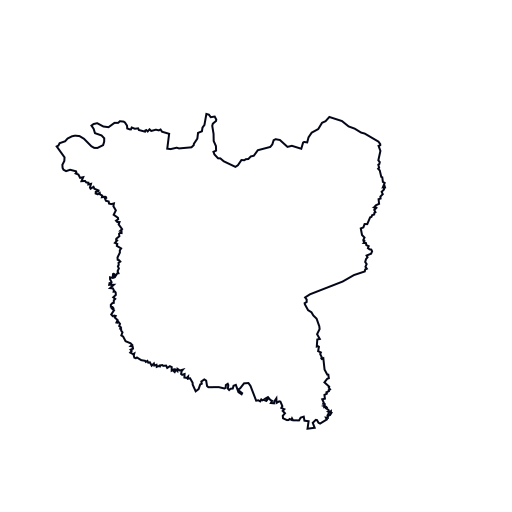 Ratsada, Trang, Thailand (orthographic projection), rotated 249°
{"feature_id": "78962969B5329491691086", "entity_name": "Ratsada", "entity_type": "district", "adm_level": 2, "iso_a3": "THA", "parent_name": "Thailand", "parent_adm1": "Trang", "projection": "orthographic", "projection_center": [99.655, 7.929], "detail": "fine", "context": "isolated", "style": "outline", "palette": "ink", "viewbox_px": 512, "rotation_deg": 249, "n_neighbors": 0, "source": "geoboundaries", "source_scale": "gbopen_adm2", "svg_char_len": 6116}
<svg xmlns="http://www.w3.org/2000/svg" viewBox="0 0 512 512"><g transform="rotate(249 256 256)"><path d="M78.0,263.5L80.1,263.3L79.2,265.1L80.4,265.4L81.0,266.9L81.8,265.9L82.6,266.9L81.1,268.3L82.6,270.3L83.1,269.8L84.3,270.3L83.8,268.5L84.7,267.7L84.7,268.4L86.3,268.5L88.6,266.9L89.0,267.8L90.0,267.5L90.4,265.7L91.1,266.3L91.7,265.6L91.7,266.5L93.1,267.1L94.0,265.8L94.8,266.7L98.5,266.5L98.1,269.2L101.8,270.1L102.1,272.8L103.5,272.9L103.7,275.6L104.8,275.9L104.9,277.3L107.1,276.8L107.8,277.5L113.5,274.6L115.8,278.4L115.8,280.2L119.3,281.0L119.8,280.0L125.4,279.3L136.4,282.2L136.2,280.6L137.1,280.3L137.8,281.1L141.5,280.8L142.7,282.0L144.9,279.9L148.7,282.2L149.6,281.5L149.7,280.3L156.1,283.3L155.7,285.8L161.1,285.0L165.0,289.2L167.7,289.9L175.8,290.1L179.9,288.2L183.6,287.6L186.8,285.2L193.4,284.3L194.5,284.5L194.9,286.8L197.2,287.7L199.7,287.0L200.9,292.7L201.1,327.7L203.1,340.6L202.6,352.0L204.3,353.1L204.4,354.9L206.7,354.3L208.8,356.4L211.3,355.8L213.7,357.6L214.9,359.7L216.8,359.4L216.9,364.3L218.8,366.1L220.7,365.9L221.5,364.4L223.2,363.3L224.8,364.7L226.6,362.9L228.6,363.3L229.5,361.4L229.9,362.3L230.9,361.8L231.5,362.6L232.5,361.9L234.3,363.9L237.6,362.5L244.2,363.7L244.2,366.5L246.9,368.8L245.9,371.3L251.2,376.4L251.1,377.7L252.5,379.1L252.4,381.2L253.9,382.0L254.1,383.2L256.6,382.9L257.4,384.7L258.7,383.8L258.4,385.3L259.6,384.6L260.4,386.2L260.6,389.6L265.1,390.8L265.0,392.9L266.9,393.4L268.3,396.5L270.9,396.3L272.2,399.3L273.5,399.5L273.6,401.0L275.2,401.1L275.1,399.5L278.1,402.3L279.7,401.0L284.2,402.1L285.0,401.3L291.5,402.2L293.7,401.3L294.3,402.6L297.4,402.9L297.7,404.1L299.3,405.2L301.5,404.5L309.5,409.8L314.9,409.9L314.9,411.7L315.9,412.1L318.9,411.3L331.3,401.4L333.6,398.3L339.5,393.8L343.8,388.9L351.2,384.6L359.5,374.3L356.9,369.2L356.7,365.4L352.2,359.6L351.2,352.2L348.0,347.6L343.7,344.5L345.2,341.8L345.0,340.6L339.9,336.7L346.0,329.0L346.6,324.5L355.7,319.9L358.0,316.2L357.8,314.0L354.3,311.2L352.7,308.4L354.1,295.6L350.4,289.9L350.8,286.8L349.3,283.6L350.0,281.2L349.6,279.4L350.8,276.8L347.2,271.6L346.6,268.7L356.0,259.8L359.9,257.7L360.8,255.6L365.7,253.6L368.5,253.6L368.7,256.5L373.0,258.0L378.5,257.7L385.1,260.1L393.2,261.8L395.0,263.1L396.4,267.1L397.6,267.8L401.0,267.4L401.8,263.5L404.8,262.7L406.4,260.6L396.8,254.8L395.1,252.1L391.8,250.2L391.7,246.0L386.6,243.3L383.0,238.2L381.8,237.6L380.6,234.7L384.0,222.7L385.5,220.8L386.4,214.6L388.0,211.6L401.2,218.7L405.7,212.8L408.3,212.2L408.1,210.3L409.8,207.8L410.3,203.0L412.4,202.0L411.1,199.5L412.9,198.7L412.8,197.5L411.9,196.9L415.6,191.8L417.4,191.7L418.2,188.5L420.5,186.0L419.0,184.6L419.4,183.6L421.2,181.5L423.9,182.3L427.6,181.5L428.9,180.6L430.6,177.2L429.7,175.1L431.0,171.6L429.1,164.5L431.6,159.9L436.9,155.3L437.4,151.7L436.7,149.1L433.0,150.0L428.4,149.7L423.9,155.0L420.3,156.5L417.1,155.2L414.3,153.0L413.7,146.8L414.9,143.7L417.5,141.6L427.1,137.4L431.2,134.2L433.2,130.2L433.7,127.1L433.2,122.2L431.5,118.9L431.7,113.1L429.9,111.1L429.7,109.2L416.7,112.6L413.4,111.1L410.5,107.9L407.5,107.0L405.5,107.2L403.3,109.1L403.1,113.4L399.6,118.3L398.4,118.3L397.7,117.2L395.7,119.4L392.0,119.8L391.5,122.9L388.4,119.9L387.3,123.3L385.5,123.9L384.5,125.8L382.9,125.1L382.5,127.8L379.4,125.5L378.1,125.7L378.8,129.1L376.7,129.2L373.6,132.5L372.9,132.0L373.3,129.4L371.8,128.7L370.3,130.4L370.8,132.7L369.5,132.4L367.5,134.1L366.1,133.2L365.4,136.4L364.6,137.1L363.9,137.0L363.7,135.6L361.3,135.7L359.7,138.0L357.6,137.6L356.3,139.5L356.0,142.2L353.6,140.7L348.8,141.5L345.5,137.9L341.2,140.8L339.7,140.5L339.1,138.0L337.4,138.7L336.6,140.7L334.7,139.1L329.1,140.6L328.2,138.4L327.6,139.4L325.6,138.7L326.3,137.3L325.8,136.1L323.4,135.5L322.2,131.8L321.2,131.2L320.3,131.9L318.8,129.0L317.0,130.8L315.3,129.7L311.4,132.8L310.1,130.9L307.9,130.1L304.3,126.2L302.0,125.5L301.1,126.7L299.4,127.3L299.0,125.3L296.8,124.6L295.9,123.4L293.5,123.5L291.5,121.4L289.2,121.4L289.5,120.2L288.1,118.4L290.4,116.8L290.4,116.1L288.3,115.0L287.6,117.3L286.8,116.7L286.8,114.5L288.4,112.1L286.6,111.4L283.3,111.8L282.6,111.1L283.2,109.6L281.7,108.6L280.1,112.9L278.3,108.3L277.0,110.8L274.8,111.0L273.7,110.3L273.3,111.6L272.2,111.9L269.9,111.2L268.6,107.9L266.4,109.2L265.6,107.4L263.2,106.4L263.5,105.1L262.5,103.0L260.6,102.3L259.8,103.7L258.5,104.1L258.4,102.8L256.2,104.0L253.3,99.9L251.2,100.7L251.2,102.3L250.3,103.5L249.2,102.1L245.8,103.8L243.9,101.9L243.4,102.7L244.4,103.8L241.4,104.7L239.6,103.2L237.8,104.3L236.8,103.2L236.2,103.9L234.6,103.4L232.6,104.0L230.1,101.8L228.4,103.1L223.2,103.7L219.5,107.6L217.4,108.5L216.8,106.7L215.7,108.4L213.6,108.0L213.5,105.4L211.9,105.9L210.9,104.0L208.4,106.1L208.6,107.4L206.9,106.2L204.7,106.0L203.6,107.2L203.9,108.5L199.9,111.5L197.9,114.9L196.6,115.2L197.0,117.0L195.0,117.2L194.8,118.8L191.0,119.3L192.2,122.1L190.2,121.8L190.1,124.1L188.1,123.6L188.2,125.3L187.4,126.7L188.3,127.0L187.7,129.5L186.7,130.0L185.9,132.8L183.3,133.0L184.0,136.1L182.5,137.5L179.2,136.2L179.6,138.9L178.7,139.1L178.0,137.9L176.8,138.5L178.6,140.4L176.7,141.4L178.7,142.3L176.4,143.9L176.1,146.9L175.2,145.3L172.7,143.8L171.5,144.5L171.4,147.0L168.2,145.6L167.0,147.6L167.8,149.4L165.8,148.5L165.5,150.6L160.4,151.4L158.6,150.8L151.3,151.2L152.3,154.7L156.1,157.9L156.2,159.6L158.4,160.0L159.3,163.5L157.5,164.8L152.1,163.7L150.6,164.5L146.9,174.3L143.6,179.1L143.8,180.4L146.3,181.6L146.8,183.8L145.4,183.9L142.3,182.2L140.5,182.9L141.2,184.6L140.6,186.8L142.9,188.5L142.9,191.0L135.2,190.8L132.1,193.0L132.9,193.9L136.8,191.6L137.8,191.8L138.1,193.7L141.4,199.2L140.1,203.4L136.7,204.3L120.9,204.3L120.4,206.5L118.8,207.8L120.2,209.5L119.0,210.1L119.0,211.6L117.0,213.7L118.1,215.6L119.6,214.0L120.0,216.6L116.5,217.8L115.0,219.1L113.4,217.2L112.0,220.0L113.7,221.0L115.8,224.0L111.5,222.6L112.0,225.6L111.3,226.6L106.4,226.8L105.1,225.2L102.8,227.5L101.8,225.4L98.8,226.7L97.2,223.7L94.8,223.1L91.7,226.1L91.2,227.6L91.8,229.0L90.4,230.3L91.5,231.4L89.3,231.7L87.1,237.3L89.1,239.8L88.9,243.0L84.9,242.2L82.9,245.9L76.3,242.2L74.6,249.2L79.9,249.2L81.6,253.1L81.0,254.1L77.9,254.6L76.6,255.8L78.0,263.5Z" fill="none" stroke="#020617" stroke-width="2"/></g></svg>